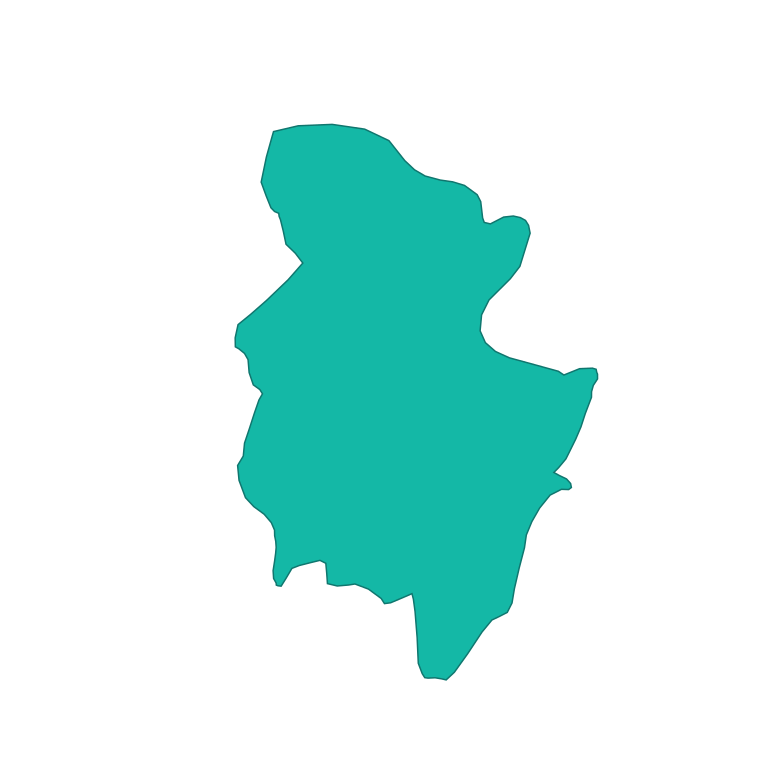 Northern, Natural Earth projection, rotated 48°
{"feature_id": "RWA-3494", "entity_name": "Northern", "entity_type": "Province", "adm_level": 1, "iso_a3": "RWA", "parent_name": "Rwanda", "parent_adm1": "", "projection": "natural_earth1", "projection_center": [29.92, -1.616], "detail": "fine", "context": "isolated", "style": "filled", "palette": "teal", "viewbox_px": 768, "rotation_deg": 48, "n_neighbors": 0, "source": "natural_earth", "source_scale": "10m", "svg_char_len": 1922}
<svg xmlns="http://www.w3.org/2000/svg" viewBox="0 0 768 768"><g transform="rotate(48 384 384)"><path d="M421.1,281.0L434.4,279.4L448.3,273.4L491.2,245.9L497.7,244.3L503.5,228.4L511.7,218.5L515.0,216.5L517.7,218.1L519.5,218.7L523.1,221.9L525.1,229.4L528.6,234.9L532.7,238.7L540.6,254.1L547.7,266.4L553.2,278.3L558.7,292.1L561.4,299.0L563.0,310.2L563.4,317.0L569.1,315.0L576.7,311.9L582.8,311.9L586.3,314.0L586.0,317.4L581.0,322.6L577.7,334.9L580.3,351.3L585.2,366.2L591.4,379.2L599.7,389.2L611.1,406.5L623.4,424.1L632.4,435.4L636.2,445.2L634.0,453.6L631.6,461.7L633.9,477.1L640.4,502.2L645.3,524.6L645.5,535.8L641.9,538.3L636.5,542.6L632.0,548.1L629.5,550.2L624.8,549.4L614.5,545.4L594.8,529.2L573.9,513.2L563.5,506.1L558.5,503.5L555.3,513.1L551.0,525.5L547.5,530.6L541.5,529.6L526.0,532.8L513.2,539.4L509.7,544.8L502.8,553.9L494.5,559.6L486.7,553.5L478.3,547.2L472.2,549.6L467.4,558.5L462.2,568.4L459.4,575.8L462.9,587.0L465.4,595.7L463.0,597.8L461.4,598.6L459.7,597.3L454.7,596.2L448.5,591.3L442.4,583.8L437.3,577.8L433.3,573.5L428.6,569.8L423.6,566.8L419.3,563.1L411.6,560.5L400.6,560.2L388.0,562.8L375.8,563.0L358.6,556.2L346.6,547.3L343.4,536.8L334.6,527.2L327.1,513.9L318.7,499.4L312.2,487.6L310.0,480.9L305.1,480.0L297.2,481.7L285.3,476.6L274.9,468.7L267.9,467.2L260.7,468.3L256.9,469.6L250.1,463.7L242.2,452.7L243.0,436.8L243.3,415.6L242.4,385.6L239.8,363.4L227.4,362.4L214.6,363.3L202.9,356.5L192.6,351.0L189.3,349.8L186.7,348.0L182.6,349.9L177.4,350.1L165.4,345.7L151.8,340.2L136.6,319.5L125.3,301.7L122.5,297.2L134.7,275.0L156.4,248.8L181.7,227.8L206.5,217.5L231.9,219.1L245.2,218.0L256.9,214.3L270.0,205.8L279.7,197.7L290.3,191.3L305.7,188.1L313.2,190.1L326.6,199.6L331.0,201.4L336.2,197.8L340.0,183.4L345.7,175.5L351.6,171.3L357.1,169.4L362.7,170.4L362.8,170.4L369.7,174.5L387.5,204.3L390.3,219.7L391.8,249.7L397.9,265.2L408.8,277.0L421.1,281.0Z" fill="#14b8a6" stroke="#0f766e" stroke-width="1.5"/></g></svg>